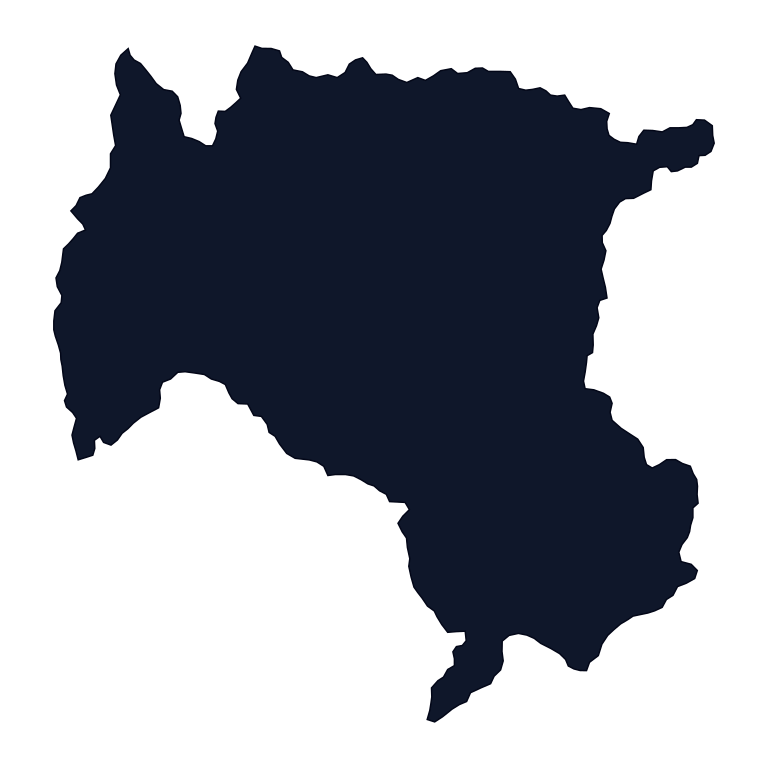 outline of Resende Costa, Minas Gerais, Brazil
{"feature_id": "56859067B27120109396475", "entity_name": "Resende Costa", "entity_type": "district", "adm_level": 2, "iso_a3": "BRA", "parent_name": "Brazil", "parent_adm1": "Minas Gerais", "projection": "orthographic", "projection_center": [-44.289, -20.864], "detail": "fine", "context": "isolated", "style": "filled", "palette": "ink", "viewbox_px": 768, "rotation_deg": 0, "n_neighbors": 0, "source": "geoboundaries", "source_scale": "gbopen_adm2", "svg_char_len": 4320}
<svg xmlns="http://www.w3.org/2000/svg" viewBox="0 0 768 768"><path d="M694.7,578.5L697.3,570.5L691.2,564.3L681.1,561.6L678.8,552.2L682.0,544.5L687.3,537.6L689.6,531.6L690.6,525.3L692.9,517.7L692.9,507.9L698.1,503.2L697.1,494.4L697.5,486.2L696.7,479.5L693.2,473.7L690.3,466.2L682.4,463.5L675.6,459.6L666.6,459.7L659.4,464.6L652.2,468.0L646.5,464.6L644.2,457.3L643.2,447.5L637.7,439.1L629.8,434.0L621.1,428.3L612.1,420.3L610.1,412.3L612.1,403.3L609.7,397.1L603.5,393.3L593.8,389.8L585.1,388.7L583.5,381.1L585.2,371.8L586.5,362.3L587.1,355.7L592.5,352.6L593.2,345.0L592.9,334.1L596.5,325.7L598.8,317.8L597.1,307.7L599.8,300.4L607.0,298.0L605.4,287.3L603.1,277.9L601.1,269.1L604.0,260.1L605.9,250.7L602.3,242.7L602.1,235.4L606.3,230.5L610.0,223.4L611.9,216.3L614.4,209.0L619.6,202.1L625.5,198.6L633.6,198.3L643.8,193.1L650.9,189.7L651.5,180.9L653.2,170.9L659.6,167.3L667.3,166.7L671.3,171.6L677.5,170.9L685.3,167.1L691.4,167.1L697.4,163.3L699.0,155.6L705.1,155.3L711.0,151.4L714.2,143.2L712.7,135.4L712.3,125.7L704.5,120.1L696.4,119.7L692.8,124.7L686.9,127.4L678.8,127.8L670.0,127.8L662.3,131.9L652.6,130.5L643.8,130.2L638.9,136.5L636.6,144.2L627.7,142.7L620.4,142.3L614.2,139.3L609.0,135.4L607.1,128.9L606.7,121.4L609.3,113.5L600.8,108.7L589.5,107.6L581.0,109.6L572.9,108.2L568.4,101.2L564.7,95.1L557.2,96.1L550.5,95.1L546.0,90.9L540.1,87.8L532.5,89.4L525.7,90.2L518.6,88.5L515.4,79.1L510.2,71.7L499.7,71.4L488.3,71.4L482.5,68.0L475.2,68.3L467.3,72.7L457.6,73.5L451.3,68.7L440.7,70.7L433.5,75.8L425.4,80.4L417.8,77.6L406.8,82.5L398.3,79.4L392.2,75.2L386.0,74.1L375.9,74.5L370.8,68.7L366.9,62.3L362.6,57.8L355.5,59.9L349.3,64.1L345.1,72.5L337.2,77.6L327.9,74.8L316.2,77.6L309.2,75.9L302.5,71.8L293.0,69.9L288.2,62.3L281.7,57.4L279.5,50.9L271.2,48.5L261.9,48.4L255.0,46.1L252.1,52.6L247.6,63.1L241.1,71.7L237.8,80.1L236.4,89.4L240.7,98.2L235.9,102.7L230.7,107.3L225.2,111.4L218.3,111.1L216.0,117.3L215.0,123.6L217.7,131.1L215.8,138.9L212.5,145.8L205.7,145.8L199.2,141.6L191.7,138.5L184.1,136.7L181.4,127.8L179.1,120.1L181.0,113.4L180.2,105.4L177.7,96.8L172.2,91.2L163.7,89.6L156.2,83.6L150.9,76.3L145.9,70.0L140.5,63.5L134.1,60.0L130.1,55.2L128.2,48.6L120.8,55.2L116.0,63.9L114.9,73.7L116.5,85.0L120.4,94.8L115.0,106.3L110.8,115.2L112.1,124.0L113.7,135.0L115.6,145.6L110.5,153.8L110.5,167.8L105.3,178.5L98.2,187.3L92.0,193.8L86.2,195.2L80.0,197.6L76.1,205.6L70.9,210.9L77.7,218.9L82.8,224.1L85.5,230.0L77.6,233.2L73.1,238.8L68.6,243.9L63.5,248.8L61.8,262.3L59.8,270.6L56.0,277.9L57.3,286.7L61.9,295.4L61.2,302.7L55.0,310.7L53.8,321.0L53.8,329.8L55.3,336.0L58.4,345.1L60.6,353.1L60.9,359.7L62.2,366.2L63.2,375.6L64.9,385.3L67.5,394.1L64.5,400.6L66.5,407.0L72.6,412.5L76.5,418.3L74.0,427.4L72.0,435.1L73.6,443.0L75.9,450.7L78.2,459.8L86.3,457.3L92.8,455.2L94.8,448.5L94.4,440.3L100.0,436.3L103.6,442.4L111.0,445.1L117.4,440.0L122.1,433.3L127.9,428.7L133.3,423.2L140.9,417.2L149.3,412.7L158.6,407.8L160.3,398.2L159.6,389.8L162.5,382.2L170.6,379.0L177.8,372.3L185.1,371.7L195.4,373.1L204.4,374.5L211.3,379.0L219.4,381.4L225.3,384.5L228.9,392.9L232.1,398.7L238.0,403.6L247.7,404.0L253.8,415.4L261.4,416.4L267.2,424.4L269.1,432.4L275.1,436.3L279.5,443.9L286.7,453.4L295.1,458.3L303.1,459.2L309.3,459.9L316.9,461.9L323.8,466.3L327.9,475.5L335.4,474.5L345.4,474.5L353.6,475.9L361.1,479.7L367.9,483.9L374.0,485.9L379.6,490.8L386.3,494.3L389.6,501.6L397.7,502.0L405.1,502.4L409.4,509.6L402.8,516.2L398.0,523.3L402.2,531.8L406.5,538.0L407.4,547.5L409.8,558.6L408.8,566.3L411.1,577.0L414.0,587.2L417.9,592.7L422.1,598.1L427.5,606.1L434.3,611.0L437.0,616.7L441.8,624.6L447.7,632.3L456.2,631.6L465.2,631.2L466.2,640.7L462.3,645.5L456.4,646.6L452.9,651.8L454.4,658.7L454.4,665.6L447.7,669.5L443.5,677.1L438.0,680.6L431.5,687.9L431.8,696.9L430.9,703.5L429.8,710.4L427.2,719.5L434.7,721.9L442.5,716.8L452.1,709.1L459.3,704.6L466.6,701.5L470.5,692.7L480.8,687.9L490.6,683.7L494.1,676.2L500.6,669.9L503.2,660.9L502.0,651.5L502.2,641.1L509.1,635.4L518.4,633.4L526.9,635.1L534.1,638.3L540.8,643.4L550.5,648.3L559.6,653.6L565.6,659.5L568.3,666.0L573.9,668.9L580.1,670.5L586.5,670.6L589.5,662.3L598.3,655.6L601.9,644.2L607.7,635.4L613.9,629.6L620.6,623.9L628.0,619.5L633.0,616.1L640.1,614.6L647.9,613.0L654.7,610.8L662.2,607.3L666.4,599.5L673.0,595.3L677.5,586.6L686.5,583.1L694.7,578.5Z" fill="#0f172a" stroke="#020617" stroke-width="1.5"/></svg>